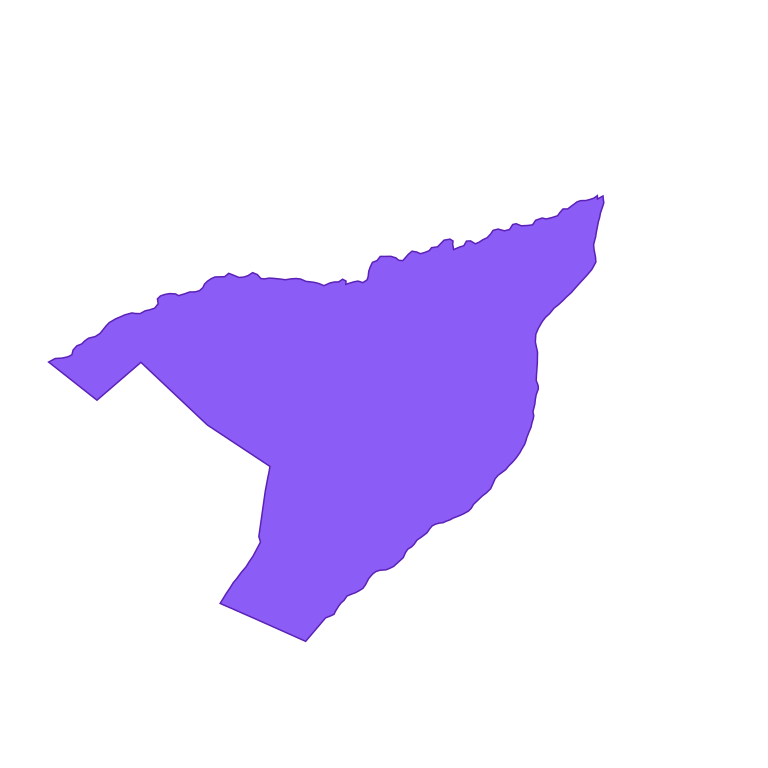 outline of Governador Nunes Freire, Maranhão, Brazil, rotated 61°
{"feature_id": "56859067B42446193818241", "entity_name": "Governador Nunes Freire", "entity_type": "district", "adm_level": 2, "iso_a3": "BRA", "parent_name": "Brazil", "parent_adm1": "Maranhão", "projection": "natural_earth1", "projection_center": [-45.838, -2.038], "detail": "fine", "context": "isolated", "style": "filled", "palette": "violet", "viewbox_px": 768, "rotation_deg": 61, "n_neighbors": 0, "source": "geoboundaries", "source_scale": "gbopen_adm2", "svg_char_len": 3218}
<svg xmlns="http://www.w3.org/2000/svg" viewBox="0 0 768 768"><g transform="rotate(61 384 384)"><path d="M325.7,101.3L325.7,107.6L322.7,106.1L323.2,110.3L322.4,114.6L321.4,118.5L319.0,123.0L318.3,126.7L318.9,131.4L319.9,138.5L317.7,142.6L319.3,147.1L321.0,150.6L319.8,156.6L318.3,162.1L315.5,165.2L314.3,172.0L316.8,176.9L314.9,181.7L312.2,187.2L307.9,190.7L306.9,194.1L309.7,199.3L308.4,204.4L303.8,209.1L302.5,214.1L304.5,218.0L306.1,223.0L305.7,227.9L306.1,232.0L305.6,236.2L300.8,238.9L299.0,242.6L301.8,247.2L300.8,251.8L300.2,257.9L294.9,256.1L292.4,254.3L289.3,256.0L287.3,261.8L290.0,270.7L287.8,276.3L289.3,279.8L288.7,284.6L287.7,289.0L284.5,291.3L281.4,295.1L282.4,300.0L285.2,307.7L283.0,311.1L279.4,312.5L275.6,316.2L272.6,321.8L270.6,325.4L272.7,330.3L272.0,335.1L274.8,339.1L278.0,342.7L282.4,345.8L284.7,348.3L285.1,353.3L281.4,356.8L280.1,360.6L279.2,364.7L278.3,369.1L275.6,367.3L272.3,369.4L272.7,374.2L270.7,378.0L269.4,382.4L268.9,388.8L264.6,392.2L261.3,395.7L258.8,399.1L256.3,402.6L251.8,406.0L249.2,409.6L247.1,414.0L245.0,419.7L241.6,424.3L238.1,429.3L235.8,432.9L234.0,437.8L232.0,440.6L226.9,441.7L222.9,444.9L223.3,450.4L222.5,454.8L220.5,459.2L215.2,463.4L211.9,466.2L212.9,471.3L210.5,476.0L208.5,479.8L208.1,484.2L208.5,488.7L209.6,492.5L211.9,495.7L212.9,500.1L211.9,504.5L209.3,509.3L208.5,514.4L207.1,520.9L204.2,522.6L201.0,527.6L199.4,532.3L198.6,536.9L199.7,540.9L204.3,542.6L206.5,547.8L205.5,553.1L204.2,557.3L204.2,563.2L201.7,567.4L199.6,570.1L197.9,577.1L197.4,582.6L196.9,587.1L197.1,594.6L198.5,599.0L202.1,607.8L202.5,613.5L200.7,620.2L201.2,624.7L202.4,629.1L201.7,634.1L203.5,639.4L207.1,642.8L207.0,647.1L205.3,652.9L202.3,659.2L202.2,666.7L259.0,642.9L247.2,586.1L327.3,560.6L334.4,558.3L400.8,523.7L405.9,527.8L408.7,530.3L419.9,539.6L456.7,567.4L462.4,568.7L471.0,581.9L474.2,588.3L477.0,593.2L479.6,600.2L483.0,607.6L484.6,612.0L487.4,617.0L490.7,623.5L496.5,633.7L523.5,613.1L571.1,577.3L560.2,548.4L560.9,543.6L561.2,539.4L559.1,536.4L556.3,531.4L554.7,527.8L553.8,523.8L551.5,519.1L552.1,514.0L552.7,510.1L552.7,505.2L552.5,501.5L550.6,497.5L546.7,491.6L544.7,486.2L544.1,482.1L544.9,478.0L547.5,472.3L548.0,468.5L548.2,464.0L546.9,458.4L545.2,451.3L541.9,447.0L540.0,443.3L539.8,438.8L538.8,435.4L536.5,430.8L536.0,425.4L535.0,418.6L532.8,414.2L531.4,410.6L531.6,406.7L532.5,403.0L533.9,399.7L534.2,396.1L534.8,392.1L534.8,388.5L535.8,381.5L536.1,377.0L536.1,371.7L535.0,367.9L532.7,364.1L529.7,352.7L528.7,346.6L527.3,341.5L523.7,336.6L520.8,332.8L519.2,328.7L517.9,319.0L516.1,314.6L514.6,309.2L512.6,303.9L509.8,298.2L507.6,294.8L505.0,290.3L502.6,287.5L500.2,285.2L495.5,279.5L493.3,276.6L489.9,273.6L486.9,270.5L484.5,268.5L480.4,267.1L474.7,261.8L471.1,259.3L467.3,256.2L463.0,251.3L459.9,249.9L454.8,249.2L450.1,246.3L440.3,239.9L430.6,234.3L420.7,231.3L414.1,227.1L410.0,221.8L405.9,214.9L403.9,210.1L402.8,205.2L400.1,198.5L399.1,192.4L397.8,187.1L396.4,182.5L394.9,176.0L393.0,170.7L390.8,164.4L387.3,153.8L384.6,146.7L380.1,139.6L375.6,137.5L368.0,135.0L363.9,133.2L360.5,130.1L358.0,127.6L354.8,125.2L346.2,118.0L342.8,114.6L339.4,111.8L334.6,106.5L332.1,103.9L329.2,102.8L325.7,101.3Z" fill="#8b5cf6" stroke="#5b21b6" stroke-width="1.5"/></g></svg>